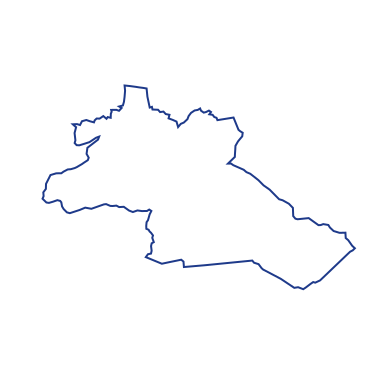 outline of Osório, Rio Grande do Sul, Brazil, rotated 258°
{"feature_id": "56859067B2511379563152", "entity_name": "Osório", "entity_type": "district", "adm_level": 2, "iso_a3": "BRA", "parent_name": "Brazil", "parent_adm1": "Rio Grande do Sul", "projection": "equal_earth", "projection_center": [-50.227, -29.915], "detail": "fine", "context": "isolated", "style": "outline", "palette": "blue", "viewbox_px": 384, "rotation_deg": 258, "n_neighbors": 0, "source": "geoboundaries", "source_scale": "gbopen_adm2", "svg_char_len": 2584}
<svg xmlns="http://www.w3.org/2000/svg" viewBox="0 0 384 384"><g transform="rotate(258 192 192)"><path d="M131.4,318.5L133.3,313.7L132.9,311.0L133.3,308.8L142.2,300.7L143.4,289.6L144.4,287.6L147.4,286.0L155.5,287.4L160.4,284.3L165.1,278.9L166.8,275.7L178.2,268.4L183.6,263.4L189.8,259.4L197.7,252.8L200.1,249.4L203.0,247.2L209.7,237.9L211.7,236.1L212.3,233.1L217.4,241.2L219.8,241.8L224.7,243.2L228.1,244.1L231.9,247.5L234.0,250.1L236.0,252.7L239.4,253.9L241.5,251.7L243.2,250.4L256.2,248.1L257.0,231.8L259.5,231.4L260.7,229.4L263.2,228.2L264.4,225.1L266.3,227.2L268.1,225.5L267.3,222.3L267.2,220.0L269.7,217.7L272.0,217.3L271.1,214.7L271.2,211.5L269.6,207.5L267.0,204.5L264.2,202.7L261.6,198.4L261.0,195.2L258.4,191.9L264.1,191.5L266.5,188.2L268.9,184.4L272.2,186.0L273.7,182.5L276.6,180.8L276.8,177.4L279.5,175.9L280.9,170.5L283.6,170.5L283.4,168.2L286.6,168.2L289.7,168.2L291.6,168.2L294.5,168.2L302.7,169.1L303.9,166.1L305.3,162.1L306.5,159.0L308.5,153.4L310.2,148.2L305.0,147.6L303.0,147.0L299.0,145.8L294.4,144.2L291.0,142.4L290.8,138.5L288.8,140.6L286.6,137.5L288.1,135.1L289.1,130.0L287.2,130.1L285.5,128.9L281.5,127.9L282.8,125.1L281.4,123.6L284.7,121.0L283.0,116.9L283.7,114.0L282.3,111.7L280.5,110.6L282.4,106.9L284.4,103.6L284.1,99.1L280.8,96.4L282.3,93.7L283.0,89.5L281.3,90.7L279.5,92.1L274.1,89.4L266.8,88.7L264.3,87.4L261.8,88.9L261.1,91.5L261.5,96.2L262.1,102.1L265.0,109.4L265.5,112.7L262.8,111.0L257.0,98.9L251.2,96.8L249.0,97.5L247.0,98.1L244.8,96.7L243.1,92.3L242.2,90.2L240.3,84.5L239.8,82.3L239.5,78.2L239.9,75.1L238.6,70.5L237.5,68.1L238.5,63.1L238.0,57.1L230.3,50.9L225.4,49.7L222.6,46.5L218.8,46.0L216.5,44.4L212.0,47.4L211.1,49.8L211.4,53.9L212.0,58.6L210.7,61.2L209.1,62.0L204.9,61.9L202.0,62.9L198.1,65.4L196.7,68.1L197.8,78.5L198.9,84.3L196.5,90.1L198.2,103.2L198.0,105.5L195.4,109.2L194.8,111.4L194.4,115.2L192.4,117.6L191.7,122.2L186.9,126.6L184.7,130.0L185.3,134.8L183.7,139.2L183.3,141.6L182.8,144.0L183.7,146.5L181.9,148.3L178.9,145.9L173.6,143.1L171.9,141.3L168.4,140.2L165.5,139.7L164.1,141.7L162.2,142.3L160.7,143.4L157.6,144.8L155.4,143.6L150.9,144.2L150.2,141.9L147.6,140.7L142.9,140.3L140.3,139.1L140.3,136.0L137.9,133.3L128.1,147.6L128.1,155.0L128.0,167.4L125.7,169.2L120.3,168.5L117.7,189.3L112.4,236.7L109.9,238.0L107.6,242.1L103.1,244.2L101.4,245.4L88.5,260.9L77.0,272.1L76.8,276.0L73.8,280.6L74.9,283.4L77.4,288.7L78.7,291.8L77.7,293.7L78.9,298.9L100.7,334.2L101.5,337.1L103.1,339.6L106.1,337.5L112.4,334.8L115.0,332.8L120.3,333.6L121.4,327.8L124.4,322.4L128.6,319.5L131.4,318.5Z" fill="none" stroke="#1e3a8a" stroke-width="2"/></g></svg>